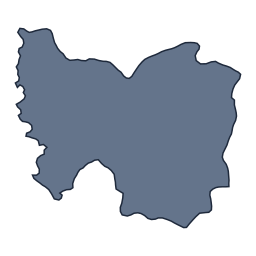 the district of Pirajuba, Minas Gerais, Brazil
{"feature_id": "56859067B45314161307428", "entity_name": "Pirajuba", "entity_type": "district", "adm_level": 2, "iso_a3": "BRA", "parent_name": "Brazil", "parent_adm1": "Minas Gerais", "projection": "albers", "projection_center": [-48.671, -19.943], "detail": "fine", "context": "isolated", "style": "filled", "palette": "slate", "viewbox_px": 256, "rotation_deg": 0, "n_neighbors": 0, "source": "geoboundaries", "source_scale": "gbopen_adm2", "svg_char_len": 2775}
<svg xmlns="http://www.w3.org/2000/svg" viewBox="0 0 256 256"><path d="M19.9,28.4L17.8,32.3L20.8,36.7L23.2,39.4L23.8,43.2L22.2,47.0L19.2,48.5L18.4,51.9L20.5,55.9L19.1,59.4L18.4,63.7L16.3,66.9L18.1,70.6L17.8,74.5L19.3,77.5L18.7,80.9L15.4,83.0L17.4,87.4L19.9,84.9L22.8,86.5L24.6,89.8L23.3,92.5L25.4,95.8L24.2,98.8L20.3,102.0L16.3,104.3L17.6,106.9L20.7,109.8L21.2,113.4L18.4,115.4L20.3,119.3L22.5,121.4L25.4,121.8L28.6,122.7L31.6,125.4L32.2,129.3L30.1,131.8L26.6,133.2L26.0,136.2L28.9,136.7L31.9,137.8L35.7,138.9L38.2,140.6L39.4,145.3L43.4,144.5L46.9,147.3L44.2,150.2L44.2,154.1L40.7,155.6L37.5,158.3L36.3,162.3L37.6,165.9L39.3,169.1L39.2,173.1L36.5,175.2L32.5,175.1L33.9,178.4L36.8,180.8L39.9,183.0L42.5,185.1L45.4,186.8L48.8,189.6L51.6,193.9L54.3,198.9L58.9,200.0L61.3,198.1L62.1,195.1L59.8,193.1L62.8,191.1L66.5,189.7L70.4,189.4L72.9,187.7L72.7,183.6L74.3,178.7L76.6,175.1L77.8,172.5L79.8,169.6L83.1,167.9L85.3,165.5L88.3,163.1L91.6,162.0L94.6,160.2L98.3,159.7L101.6,163.5L104.8,166.3L108.1,167.8L111.3,170.5L114.2,174.3L114.8,178.9L115.4,182.0L115.6,185.1L116.1,189.0L120.1,191.5L123.1,193.3L122.8,197.8L121.8,203.2L120.3,207.4L120.4,211.5L122.2,214.9L127.3,216.0L130.9,214.9L134.1,213.2L137.8,212.8L141.0,213.5L144.6,215.5L147.9,218.4L151.5,219.5L155.4,219.1L158.3,217.9L162.3,217.9L167.5,219.6L171.4,221.2L174.3,222.9L177.8,224.7L181.1,226.3L183.7,227.6L186.5,227.4L189.1,224.1L193.0,219.7L195.8,216.7L199.6,213.2L205.1,212.6L208.8,212.3L211.4,209.9L211.6,206.2L211.2,202.6L210.7,198.9L209.8,195.1L210.2,191.5L212.8,189.1L215.8,187.6L218.7,187.0L222.1,186.8L225.7,186.8L228.9,186.6L228.8,183.3L229.0,180.2L228.6,175.1L228.3,171.2L227.6,168.0L226.2,164.3L223.4,160.4L222.3,157.2L223.0,153.1L224.8,149.4L226.9,145.2L228.3,140.8L229.7,137.2L231.4,134.0L232.1,130.6L232.6,127.5L233.6,124.5L235.6,120.4L236.5,116.1L236.2,112.9L235.5,109.5L234.4,105.0L234.4,100.1L231.5,97.6L231.8,93.5L233.0,89.0L234.7,85.1L236.9,82.2L239.6,78.7L240.6,74.3L238.2,72.1L235.5,70.8L232.9,69.2L230.3,67.5L226.6,66.1L222.9,65.0L218.4,63.1L215.5,61.4L211.2,61.9L206.1,63.8L200.5,63.9L196.2,60.6L195.2,55.6L197.0,51.7L199.0,49.2L199.5,46.1L197.2,43.4L194.2,42.7L190.6,42.5L185.3,42.7L181.2,44.3L177.9,46.1L174.6,47.7L171.5,48.8L168.6,49.5L165.5,50.3L161.6,51.7L158.4,53.4L155.3,54.8L152.3,55.9L148.6,57.4L144.8,59.4L142.1,61.9L138.9,65.6L136.5,69.1L134.1,72.7L131.8,76.4L129.2,78.4L126.3,78.0L123.7,76.0L121.0,72.2L118.1,70.1L115.4,67.4L112.8,64.8L110.0,62.4L106.4,61.4L103.1,61.3L98.8,60.5L94.3,59.1L89.3,58.9L85.8,60.8L81.2,60.5L77.8,59.5L74.1,60.0L69.8,60.3L65.9,58.0L63.1,53.8L60.2,51.5L57.6,48.3L56.1,45.3L54.6,42.7L53.4,38.5L52.2,33.6L50.5,30.4L46.7,28.8L42.2,29.2L38.8,30.0L35.3,30.8L32.0,31.9L29.2,32.4L26.6,31.0L23.8,28.9L19.9,28.4Z" fill="#64748b" stroke="#1e293b" stroke-width="1.5"/></svg>